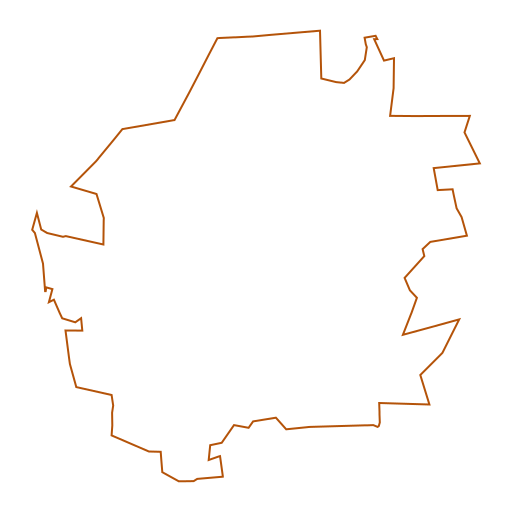 the district of Cumpas, Sonora, Mexico
{"feature_id": "50627088B14847399319880", "entity_name": "Cumpas", "entity_type": "district", "adm_level": 2, "iso_a3": "MEX", "parent_name": "Mexico", "parent_adm1": "Sonora", "projection": "albers", "projection_center": [-109.812, 30.065], "detail": "fine", "context": "isolated", "style": "outline", "palette": "amber", "viewbox_px": 512, "rotation_deg": 0, "n_neighbors": 0, "source": "geoboundaries", "source_scale": "gbopen_adm2", "svg_char_len": 1747}
<svg xmlns="http://www.w3.org/2000/svg" viewBox="0 0 512 512"><path d="M461.6,217.1L456.6,208.3L453.6,194.4L452.6,189.3L437.7,190.1L433.7,168.1L454.3,166.0L479.8,163.4L464.5,132.4L469.8,115.9L425.6,116.0L419.0,116.1L394.5,115.9L390.1,115.9L393.6,88.2L394.0,58.2L384.0,60.6L374.2,39.2L377.3,39.1L375.6,35.8L364.6,37.7L365.8,44.3L366.8,47.2L364.8,60.1L357.2,71.4L349.5,79.5L345.0,82.3L344.1,82.9L342.8,82.8L341.5,82.6L341.1,82.6L340.9,82.6L336.1,82.1L321.3,78.5L320.0,30.7L270.2,34.9L252.8,36.5L247.5,36.7L247.4,36.7L236.1,37.3L234.8,37.3L219.5,38.0L217.4,38.2L208.8,54.7L198.2,75.3L189.2,92.6L174.5,120.1L172.8,120.3L172.5,120.4L122.4,129.1L113.9,139.6L113.4,140.2L98.6,158.1L97.8,159.2L96.0,161.3L71.0,186.5L96.5,194.0L103.8,218.0L103.7,220.7L103.4,244.5L65.8,236.1L63.0,236.8L47.1,233.0L41.2,229.5L36.9,212.9L32.2,229.8L34.9,233.0L43.0,263.6L45.1,291.1L45.7,291.1L46.3,287.4L52.4,289.1L48.9,302.2L53.9,299.7L59.7,313.0L62.2,318.3L75.3,322.3L81.1,318.2L82.3,330.6L65.5,330.5L69.0,357.5L69.9,364.0L76.3,387.1L111.6,395.0L113.1,405.0L113.2,405.4L112.1,412.7L112.3,425.5L111.6,435.4L113.4,436.2L148.9,451.5L160.7,451.8L161.3,459.8L162.3,472.2L178.8,481.3L189.7,481.2L193.7,481.1L197.2,478.9L222.8,476.7L222.8,476.1L220.1,456.6L220.0,456.1L218.1,456.7L208.7,460.0L210.2,445.2L221.7,442.8L234.0,425.1L248.6,427.8L253.1,421.4L275.9,417.7L286.2,429.3L307.0,427.2L308.6,427.0L310.5,426.9L365.9,425.3L368.1,425.3L368.3,425.3L373.3,425.1L377.6,426.9L378.8,426.0L379.8,422.5L379.5,414.3L379.5,411.8L379.2,403.0L429.4,404.5L420.3,375.0L442.4,352.9L459.2,319.4L426.1,328.5L402.9,334.8L410.8,314.6L411.5,312.9L416.9,297.8L409.9,290.3L404.6,277.9L424.3,256.1L422.6,249.1L430.3,241.9L466.9,235.7L461.6,217.1Z" fill="none" stroke="#b45309" stroke-width="2"/></svg>